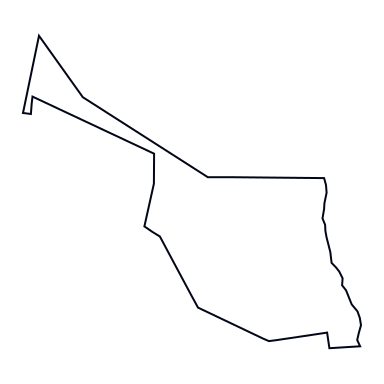 Santana do Piauí, Piauí, Brazil (Robinson projection)
{"feature_id": "56859067B85861888890403", "entity_name": "Santana do Piauí", "entity_type": "district", "adm_level": 2, "iso_a3": "BRA", "parent_name": "Brazil", "parent_adm1": "Piauí", "projection": "robinson", "projection_center": [-41.484, -6.919], "detail": "fine", "context": "isolated", "style": "outline", "palette": "ink", "viewbox_px": 384, "rotation_deg": 0, "n_neighbors": 0, "source": "geoboundaries", "source_scale": "gbopen_adm2", "svg_char_len": 705}
<svg xmlns="http://www.w3.org/2000/svg" viewBox="0 0 384 384"><path d="M30.9,114.0L31.7,103.4L32.5,96.6L154.1,153.7L153.9,183.7L144.4,226.4L152.7,232.1L159.9,236.5L175.3,265.4L191.3,295.3L195.5,303.0L198.0,307.6L263.3,338.7L268.9,341.1L276.0,340.2L316.5,334.2L327.1,332.6L329.4,348.2L360.1,346.3L357.2,340.0L358.8,333.0L361.0,325.2L359.8,317.9L357.5,311.4L351.7,304.4L348.8,297.2L346.1,290.4L342.1,285.3L342.6,278.3L339.2,271.5L335.9,267.3L331.6,262.9L330.3,252.0L326.5,237.1L325.4,230.9L325.1,224.8L322.5,218.4L324.1,209.0L324.4,203.4L326.6,192.7L326.0,185.1L324.1,178.1L231.6,177.2L207.8,177.2L194.4,168.6L82.8,97.2L39.0,35.8L23.0,113.0L30.9,114.0Z" fill="none" stroke="#020617" stroke-width="2"/></svg>